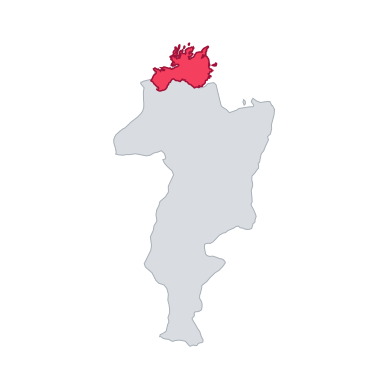 North Korea, with Hwanghae-namdo highlighted, rotated 140°
{"feature_id": "PRK-3304", "entity_name": "Hwanghae-namdo", "entity_type": "Province", "adm_level": 1, "iso_a3": "PRK", "parent_name": "North Korea", "parent_adm1": "", "projection": "robinson", "projection_center": [125.529, 38.191], "detail": "fine", "context": "in_parent", "style": "filled", "palette": "rose", "viewbox_px": 384, "rotation_deg": 140, "n_neighbors": 0, "source": "natural_earth", "source_scale": "10m", "svg_char_len": 9038}
<svg xmlns="http://www.w3.org/2000/svg" viewBox="0 0 384 384"><g transform="rotate(140 192 192)"><path d="M226.1,270.2L224.7,270.9L222.5,274.8L220.4,279.7L218.4,282.3L216.1,283.8L213.5,284.7L208.5,285.0L203.9,284.7L202.4,284.2L196.1,284.5L194.4,284.8L185.3,284.4L180.6,284.9L177.6,285.8L174.6,287.8L172.0,290.8L169.7,294.0L165.0,299.8L161.7,302.7L161.7,306.8L161.6,308.0L160.5,308.9L160.1,308.5L158.2,308.2L150.4,304.4L144.1,306.7L142.5,309.7L140.9,310.7L138.3,304.8L134.2,304.7L127.7,299.5L124.9,300.6L124.2,302.6L120.6,307.3L115.6,311.2L113.9,311.8L112.1,311.5L112.4,310.4L110.3,306.0L102.4,304.3L99.5,302.4L98.1,302.0L105.9,297.1L107.9,296.2L106.4,295.1L104.7,294.5L98.4,295.3L95.0,293.7L90.2,294.2L86.8,292.9L93.8,288.1L94.1,285.3L94.1,283.1L97.6,276.8L101.1,273.3L110.3,268.3L114.3,267.6L117.2,267.8L119.5,267.3L117.1,265.4L114.6,264.5L109.9,264.7L105.0,261.8L104.6,258.8L114.1,239.6L114.2,237.9L112.7,233.2L112.3,228.7L105.5,226.1L102.4,225.8L93.7,220.6L90.3,218.0L88.9,218.8L88.6,222.9L87.4,223.8L85.1,224.6L83.9,219.9L82.1,216.6L76.3,213.1L74.2,211.2L75.3,207.1L74.8,206.7L75.7,202.2L79.3,198.6L88.0,192.4L90.2,189.4L94.6,186.0L96.6,186.0L98.7,185.7L99.3,184.2L99.7,183.0L101.5,182.0L105.7,180.1L110.6,177.5L114.4,176.8L119.1,173.1L121.0,171.4L122.9,171.4L123.4,170.6L124.5,168.7L126.0,167.4L128.1,167.2L131.5,166.2L135.8,165.7L138.7,162.5L139.6,160.3L141.5,157.8L145.6,155.1L148.4,151.0L151.5,146.7L152.9,145.3L154.4,145.0L155.3,143.4L156.2,138.7L157.6,134.2L158.5,132.1L162.0,129.8L162.9,128.7L163.7,128.3L165.4,128.6L167.6,127.2L169.7,125.7L171.6,126.3L173.5,127.5L175.6,130.0L176.5,132.0L178.1,133.6L178.4,136.1L180.0,137.1L183.4,137.6L189.0,139.3L192.6,139.4L194.7,140.6L199.0,141.3L207.6,140.3L211.1,140.9L212.6,142.4L214.8,143.6L216.2,143.7L218.1,141.6L220.1,138.2L221.4,135.7L221.3,133.6L220.1,131.5L217.2,129.4L215.3,126.3L213.5,123.0L212.5,122.0L211.6,120.4L211.4,118.0L212.0,116.3L216.2,115.2L221.7,114.6L226.2,115.3L233.6,114.8L238.1,113.9L241.5,114.0L244.6,114.0L245.9,112.6L250.2,109.3L252.3,108.1L254.5,105.8L254.9,103.4L255.3,101.5L256.5,99.4L258.8,96.9L260.7,95.7L262.8,95.9L265.1,97.0L266.6,98.2L268.2,97.9L269.5,95.9L270.4,95.5L273.0,95.3L273.7,94.1L274.6,88.2L275.5,83.6L275.7,80.3L277.9,75.0L278.5,71.8L279.9,70.2L281.5,70.4L282.8,71.3L284.5,71.9L286.7,71.3L288.3,72.2L289.3,73.9L292.6,75.1L292.9,76.0L293.0,81.8L294.9,84.5L297.3,87.0L300.7,89.2L302.5,89.7L303.6,91.3L304.6,94.1L307.1,96.8L308.4,98.8L308.6,100.8L309.8,102.0L307.9,103.2L305.4,102.4L301.2,102.0L296.0,106.0L293.1,107.4L291.1,111.3L287.0,113.7L284.8,116.2L282.0,120.5L280.1,124.6L275.8,128.9L273.3,134.2L273.2,138.8L276.1,143.5L276.5,147.5L274.6,155.7L275.9,164.4L274.7,167.8L261.1,173.8L257.6,176.8L252.6,184.5L246.5,187.4L242.7,190.6L237.5,192.4L234.1,197.9L230.4,201.0L226.0,202.9L222.7,205.3L215.3,205.4L210.1,207.1L206.4,211.7L195.2,216.9L193.7,220.9L194.5,227.0L194.6,231.7L193.6,235.5L191.2,234.5L189.8,235.7L188.4,239.3L188.9,243.3L192.7,244.6L195.9,246.3L200.4,247.1L203.7,249.0L210.7,257.6L216.5,261.3L218.0,262.7L221.3,264.6L224.3,267.6L226.1,270.2ZM95.1,228.2L93.0,229.6L92.9,227.2L94.5,225.2L96.2,225.0L95.1,228.2Z" fill="#d9dde1" stroke="#a8b0b8" stroke-width="1"/><path d="M151.7,303.9L150.8,303.9L150.0,304.2L147.0,305.7L146.3,306.0L145.4,306.0L144.0,306.0L143.2,306.2L142.4,306.7L142.1,307.0L142.5,309.0L142.7,309.5L142.7,310.1L142.4,311.1L140.6,310.8L140.1,308.9L139.7,308.0L139.2,308.1L138.8,307.9L138.7,306.9L138.5,304.8L137.4,305.6L136.9,305.5L136.7,304.6L136.5,304.1L135.9,303.5L135.3,303.0L134.9,302.9L134.3,303.4L134.6,303.9L135.4,304.6L135.5,305.1L135.8,306.3L135.9,307.0L135.6,306.7L134.8,306.2L134.4,306.0L133.5,306.0L133.1,305.7L132.5,305.1L130.6,302.2L130.4,301.8L130.2,301.4L129.3,301.3L129.0,301.1L128.9,300.7L128.9,300.2L129.0,299.4L128.8,299.2L127.8,299.0L127.2,298.6L126.8,298.5L125.2,298.4L124.6,298.3L123.1,297.6L122.1,297.4L121.1,297.4L120.5,297.7L120.4,298.4L121.1,299.2L122.1,299.8L122.8,300.1L124.1,299.9L124.5,300.1L124.2,301.0L125.0,300.8L125.4,300.8L125.8,301.0L125.3,301.6L125.0,302.3L125.7,302.3L126.0,302.2L126.3,301.9L126.6,302.3L125.6,303.1L125.1,303.3L124.5,303.5L123.9,303.5L123.4,303.2L122.4,302.3L122.3,303.3L122.7,304.4L122.8,305.4L122.1,306.3L122.7,306.9L122.9,307.0L122.8,307.4L122.5,307.6L121.8,307.6L121.6,307.7L121.9,308.6L122.0,309.2L122.0,309.6L121.8,309.8L121.4,309.8L121.0,309.7L120.7,309.5L120.3,309.2L120.5,309.1L120.6,308.9L120.2,308.6L119.7,308.6L119.4,308.8L119.3,309.4L119.1,309.4L118.6,309.3L118.3,309.0L118.5,308.2L117.6,309.0L117.1,310.2L116.5,311.2L115.2,311.7L113.8,311.8L113.1,311.9L112.8,312.2L112.6,312.9L112.2,313.6L111.7,313.8L111.2,313.3L111.7,310.9L112.3,309.8L113.3,310.1L115.4,309.2L114.8,308.9L113.5,309.1L112.8,308.9L113.3,308.2L114.1,307.6L115.0,307.2L115.8,307.0L117.7,307.4L118.4,307.2L118.5,306.0L117.9,306.3L117.4,306.2L117.0,305.9L116.7,305.4L117.8,304.2L117.9,303.7L116.8,303.5L116.1,303.3L115.8,302.8L115.4,302.5L114.6,302.9L114.9,303.5L113.9,303.5L113.5,303.6L113.1,303.8L113.8,304.1L114.7,304.6L115.4,305.3L115.4,306.0L114.7,305.5L113.7,305.0L112.6,304.9L111.8,305.1L111.9,305.4L112.2,305.7L112.8,306.0L111.6,307.0L110.9,307.4L110.2,307.6L110.2,307.3L110.1,307.1L109.9,307.0L107.6,307.0L108.1,306.3L109.7,305.3L110.2,304.5L109.9,303.7L108.3,302.8L108.4,301.9L107.6,302.1L107.2,302.7L106.8,303.6L106.4,304.3L105.8,304.7L105.2,304.9L104.5,304.9L102.3,304.6L101.9,304.5L100.9,303.6L100.5,303.5L99.6,303.4L99.0,303.2L98.8,302.6L99.0,301.6L98.1,302.2L97.8,302.3L97.9,301.5L98.2,301.0L98.7,300.8L99.4,300.7L99.9,300.5L100.9,299.8L101.4,299.7L101.9,300.0L102.9,300.6L103.6,300.7L104.2,300.7L104.7,300.5L105.2,300.2L105.5,299.7L105.3,299.4L104.8,299.7L104.4,299.8L104.0,299.6L103.2,298.9L102.9,298.7L102.7,298.1L102.6,297.3L102.9,296.9L104.5,296.9L106.2,296.6L106.6,296.7L106.8,297.1L106.9,297.6L107.1,297.9L107.9,297.9L108.1,296.4L108.9,296.0L108.6,295.3L107.9,295.0L106.4,295.0L105.8,294.9L104.4,294.5L103.9,294.4L103.3,294.5L101.4,295.4L99.6,295.7L99.1,296.0L96.2,294.4L94.9,293.1L94.2,292.8L93.9,293.6L93.5,293.9L92.5,294.2L90.7,294.4L86.3,293.5L86.0,293.1L86.2,292.5L87.1,292.2L88.9,292.0L89.7,291.7L90.0,290.8L90.2,290.6L91.8,290.3L92.1,289.9L92.7,288.8L93.1,288.4L94.0,288.2L94.6,288.7L95.6,290.1L95.9,290.0L98.3,288.4L97.3,288.0L95.3,288.3L94.3,287.6L93.7,287.0L93.6,286.6L93.6,285.9L94.0,283.0L94.2,282.5L95.9,280.0L96.1,279.5L96.6,278.1L97.0,277.7L97.3,277.6L97.5,277.6L97.6,277.9L97.5,278.6L98.0,278.1L98.7,277.1L99.2,276.0L99.4,275.2L99.1,274.7L98.5,274.2L98.3,273.8L98.5,272.8L98.4,272.5L97.9,272.0L98.0,271.6L98.5,271.6L99.3,272.0L99.7,271.8L100.0,271.7L100.2,272.1L100.8,272.7L101.6,272.0L102.5,271.6L103.4,272.2L103.7,271.7L103.7,270.8L103.8,270.1L103.4,269.7L103.1,269.2L103.0,268.6L103.3,268.2L103.8,268.4L104.5,269.8L105.4,269.7L105.5,269.3L105.3,268.7L105.4,268.1L105.7,268.2L105.9,268.6L106.3,268.9L107.5,268.6L108.4,268.1L108.7,268.0L109.1,268.4L110.0,268.7L110.4,268.3L110.7,268.1L111.1,267.7L111.7,267.3L112.5,266.9L114.0,267.0L114.8,267.2L115.3,267.3L115.4,267.2L115.4,266.8L115.6,266.5L116.1,266.3L117.7,267.3L117.9,267.7L118.0,268.6L118.3,268.9L118.7,268.8L118.9,268.3L119.0,267.9L119.2,267.6L119.6,267.7L119.9,268.0L120.2,268.4L120.3,268.7L120.7,269.3L121.6,269.8L122.7,270.1L123.0,270.0L123.4,270.7L123.4,272.0L123.7,272.9L123.7,274.1L123.7,274.4L124.2,275.2L124.4,276.0L125.1,277.1L125.1,277.4L124.9,278.3L124.9,279.1L125.0,279.5L125.1,279.9L125.9,280.8L126.0,281.2L125.8,281.6L125.5,282.0L125.2,282.1L125.2,282.3L125.5,282.6L126.2,282.9L126.9,283.6L127.0,283.8L126.9,284.0L126.7,284.2L126.6,284.4L126.7,284.6L127.3,284.6L127.9,284.4L128.2,284.4L129.0,284.6L129.6,284.2L129.8,284.2L130.1,284.3L130.3,284.6L130.5,285.0L130.9,285.6L131.0,286.1L131.2,286.4L131.5,286.7L132.6,287.6L132.8,287.8L132.9,288.3L133.3,290.1L133.4,290.5L133.7,290.7L134.0,290.9L135.0,291.1L136.7,290.7L137.9,290.1L138.2,290.1L139.4,290.4L139.8,290.3L140.1,290.2L140.5,289.7L140.9,289.4L141.4,289.3L142.1,289.5L142.4,289.4L144.0,288.2L145.9,287.8L146.7,287.8L147.2,287.9L148.1,288.2L149.1,288.8L151.1,289.6L151.8,290.1L152.1,290.6L152.4,291.0L153.0,292.5L153.0,293.0L153.0,293.3L152.8,293.4L152.5,293.1L152.2,292.2L151.4,292.6L150.9,292.9L150.7,293.2L150.6,293.7L150.6,294.1L151.1,294.5L151.2,294.9L151.1,296.1L151.5,297.1L151.2,297.8L151.3,298.5L151.6,299.1L151.6,299.4L151.4,300.2L151.2,301.7L151.3,302.1L151.5,302.4L151.9,302.9L152.0,303.1L151.9,303.6L151.7,303.9ZM93.9,274.2L94.8,275.6L95.0,276.1L93.3,275.7L92.6,275.4L91.9,274.8L91.0,275.5L90.7,275.1L90.8,274.3L92.2,273.4L92.7,273.3L92.9,273.8L93.5,274.0L93.9,274.2ZM109.9,310.1L111.3,309.5L110.4,310.7L109.7,311.4L108.7,312.0L108.4,312.3L107.9,312.6L107.1,312.8L106.9,312.5L108.0,311.2L108.5,310.9L108.9,311.1L109.1,310.4L109.3,310.4L109.6,310.1L109.9,310.1ZM104.1,308.7L103.9,308.1L104.8,307.4L105.5,307.2L105.8,307.3L105.8,307.5L105.7,307.6L104.4,308.7L104.1,308.7ZM99.7,306.4L100.1,306.5L100.2,306.9L100.1,307.2L99.9,307.2L99.5,307.7L99.1,307.8L98.7,307.8L98.4,307.7L98.4,307.4L99.0,307.0L99.5,307.2L99.7,306.9L99.6,306.7L99.7,306.4Z" fill="#f43f5e" stroke="#9f1239" stroke-width="1.5"/></g></svg>